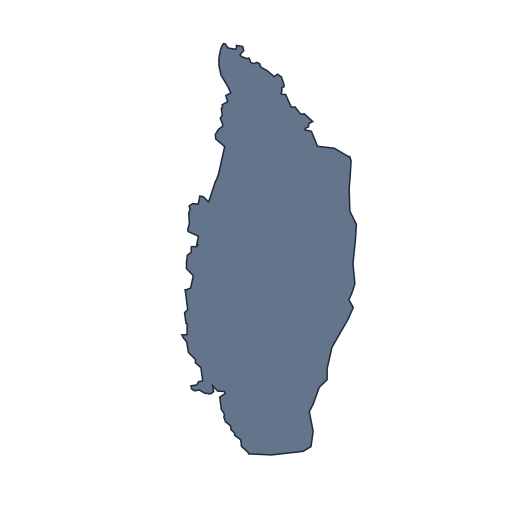 Gounwolaila, Gbapolu, Liberia (Equal Earth projection), rotated 136°
{"feature_id": "62588387B55137864763124", "entity_name": "Gounwolaila", "entity_type": "district", "adm_level": 2, "iso_a3": "LBR", "parent_name": "Liberia", "parent_adm1": "Gbapolu", "projection": "equal_earth", "projection_center": [-9.957, 7.206], "detail": "fine", "context": "isolated", "style": "filled", "palette": "slate", "viewbox_px": 512, "rotation_deg": 136, "n_neighbors": 0, "source": "geoboundaries", "source_scale": "gbopen_adm2", "svg_char_len": 3312}
<svg xmlns="http://www.w3.org/2000/svg" viewBox="0 0 512 512"><g transform="rotate(136 256 256)"><path d="M228.9,148.5L221.8,151.4L219.6,160.0L213.0,162.6L204.2,167.3L199.6,173.0L191.6,183.1L189.0,185.3L177.0,195.4L174.0,197.9L168.5,202.9L161.8,209.0L157.3,223.1L142.6,239.3L141.3,240.5L131.7,249.0L121.5,258.4L119.6,262.2L120.1,262.1L124.9,279.3L126.1,280.7L135.5,292.2L135.2,293.0L129.5,307.2L133.0,312.4L132.0,313.7L128.5,312.4L126.0,314.6L121.8,313.3L121.8,314.0L122.0,316.9L122.5,324.9L123.8,325.5L125.1,327.2L125.2,328.2L124.8,332.6L124.4,336.1L125.3,337.0L126.0,337.5L127.3,338.2L127.0,339.1L125.8,342.5L122.5,351.6L124.4,353.6L125.1,354.4L125.3,355.3L123.0,356.5L122.7,356.6L120.8,358.9L120.6,359.1L118.1,358.3L117.3,359.4L116.5,360.5L113.3,367.1L114.2,371.9L115.9,372.0L117.3,372.2L118.3,372.3L118.7,376.4L119.2,381.5L121.2,387.9L120.6,390.3L119.8,391.5L120.0,392.0L120.1,392.6L120.5,393.6L120.8,394.6L124.0,395.9L125.1,398.5L125.3,399.0L123.5,403.1L125.4,404.4L126.2,406.0L127.6,408.9L127.9,409.5L127.6,411.9L122.2,412.3L120.1,415.9L121.7,418.3L123.8,421.1L124.7,420.0L125.4,419.5L126.9,418.7L130.8,423.9L131.2,424.6L131.5,425.1L130.8,430.2L131.7,431.3L132.6,431.3L137.2,429.7L144.2,424.9L144.6,424.5L147.0,422.4L146.9,422.2L150.5,418.6L152.6,415.1L155.6,410.3L156.7,405.4L158.9,396.1L159.5,394.9L160.1,393.1L160.8,390.8L162.9,391.4L166.3,392.4L167.4,390.2L169.2,386.7L175.2,388.3L177.3,386.1L178.5,386.2L182.5,380.7L185.4,380.0L186.1,379.9L187.7,375.8L187.8,375.6L188.3,374.3L189.8,372.5L195.1,373.2L201.0,371.6L201.5,370.9L203.7,368.1L203.1,362.3L202.8,359.6L202.9,358.0L202.5,357.3L202.4,356.5L203.0,356.2L222.1,343.5L223.3,342.8L228.1,339.7L228.2,340.0L231.5,338.2L232.9,338.1L240.5,334.1L251.0,328.6L252.6,328.1L252.7,334.0L252.7,335.3L254.8,338.2L256.8,336.7L257.8,335.9L261.6,333.6L265.2,337.7L266.1,337.9L266.4,337.9L269.3,338.5L270.8,335.6L270.9,335.4L274.5,333.7L281.4,325.6L284.2,324.0L286.8,322.4L287.6,321.4L287.7,320.3L287.8,320.3L287.7,320.3L284.8,313.2L284.2,311.7L283.7,310.2L290.9,305.3L290.1,304.4L292.1,303.9L295.9,307.6L297.0,306.8L300.0,303.7L304.8,304.3L309.6,300.4L311.0,299.3L310.9,299.1L314.8,295.3L314.8,285.4L321.4,281.0L325.2,278.4L325.6,278.6L328.9,279.9L329.4,279.5L330.5,280.9L334.3,275.7L341.0,266.7L341.8,265.6L342.3,264.9L346.7,264.9L352.9,256.6L353.2,256.1L352.7,255.1L358.4,249.2L360.2,247.3L362.0,248.9L363.5,250.2L364.1,250.8L365.0,248.0L365.5,243.4L365.7,242.3L366.0,241.8L371.6,233.5L371.6,230.4L371.5,223.4L373.8,221.5L373.7,220.3L373.2,214.0L374.5,212.2L380.6,203.9L381.2,203.2L384.3,205.5L386.6,204.9L388.0,204.4L388.3,204.5L391.4,206.7L393.0,207.8L394.7,205.0L393.9,201.8L392.5,200.7L389.9,199.1L389.7,198.3L388.2,192.9L386.5,191.0L385.8,189.5L384.7,189.1L383.7,188.0L381.1,188.0L380.6,187.9L379.6,189.5L377.4,192.7L377.4,191.7L377.4,185.3L374.9,182.7L372.9,180.4L373.9,178.5L375.2,178.8L380.2,179.7L380.4,179.3L387.4,169.9L388.0,167.0L388.7,164.0L390.6,162.7L391.1,162.4L391.9,160.6L392.0,160.4L393.2,157.9L392.6,154.3L392.3,151.7L393.0,150.5L394.7,148.2L394.4,143.5L395.9,141.9L394.7,134.3L398.7,129.2L398.1,120.4L398.5,119.3L398.7,118.7L383.0,102.1L357.9,82.8L348.8,80.7L336.7,90.2L325.7,107.1L317.7,109.7L301.7,117.6L290.8,117.6L283.0,125.6L275.2,130.7L264.9,137.5L233.2,146.7L228.9,148.5Z" fill="#64748b" stroke="#1e293b" stroke-width="1.5"/></g></svg>